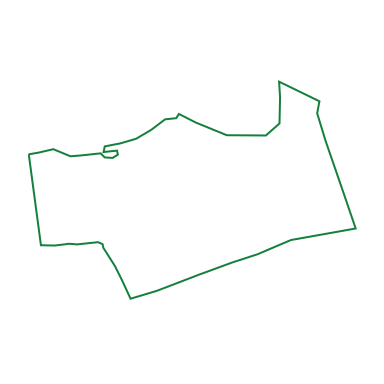 outline of N'Guigmi, Diffa, Niger, rotated 352°
{"feature_id": "23599985B27242520162456", "entity_name": "N'Guigmi", "entity_type": "district", "adm_level": 2, "iso_a3": "NER", "parent_name": "Niger", "parent_adm1": "Diffa", "projection": "robinson", "projection_center": [12.657, 14.178], "detail": "fine", "context": "isolated", "style": "outline", "palette": "green", "viewbox_px": 384, "rotation_deg": 352, "n_neighbors": 0, "source": "geoboundaries", "source_scale": "gbopen_adm2", "svg_char_len": 739}
<svg xmlns="http://www.w3.org/2000/svg" viewBox="0 0 384 384"><g transform="rotate(352 192 192)"><path d="M116.3,289.1L143.3,285.0L188.0,274.7L222.0,267.4L248.6,262.7L261.4,259.2L283.4,253.3L349.0,250.9L342.1,214.9L331.4,160.0L326.9,131.5L330.8,119.9L293.6,94.9L292.4,110.4L288.8,132.5L288.2,136.3L273.0,146.3L234.3,140.6L205.5,123.8L189.9,112.9L186.7,116.7L175.5,116.3L160.4,124.7L144.1,131.5L127.6,133.9L112.0,134.7L110.0,140.1L123.5,140.6L123.8,144.7L118.2,147.2L110.4,145.6L106.9,141.0L88.0,140.4L76.6,139.7L60.6,130.3L46.3,131.6L35.4,132.0L35.7,132.0L35.6,134.1L35.0,223.7L48.6,225.9L63.4,226.2L70.9,227.9L91.9,228.6L96.2,231.2L96.4,234.8L105.4,254.7L110.3,269.3L116.3,289.1Z" fill="none" stroke="#15803d" stroke-width="2"/></g></svg>